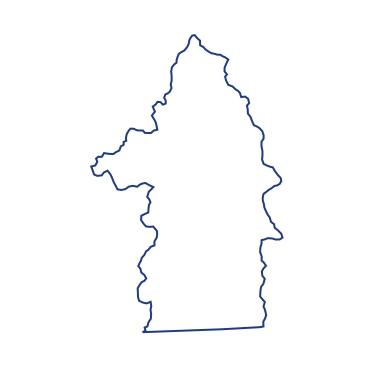 Sumidouro, Rio de Janeiro, Brazil (Robinson projection), rotated 163°
{"feature_id": "56859067B1931202868426", "entity_name": "Sumidouro", "entity_type": "district", "adm_level": 2, "iso_a3": "BRA", "parent_name": "Brazil", "parent_adm1": "Rio de Janeiro", "projection": "robinson", "projection_center": [-42.662, -22.118], "detail": "fine", "context": "isolated", "style": "outline", "palette": "blue", "viewbox_px": 384, "rotation_deg": 163, "n_neighbors": 0, "source": "geoboundaries", "source_scale": "gbopen_adm2", "svg_char_len": 3061}
<svg xmlns="http://www.w3.org/2000/svg" viewBox="0 0 384 384"><g transform="rotate(163 192 192)"><path d="M163.0,42.5L161.7,47.2L159.0,49.8L157.2,52.4L156.8,55.3L156.7,58.3L157.1,61.6L154.5,65.5L155.8,68.3L157.4,72.1L156.0,76.0L154.9,78.7L153.5,81.2L150.6,83.3L147.8,87.7L149.2,91.3L148.5,95.5L146.3,97.8L142.8,99.8L144.0,103.6L145.5,106.2L144.2,109.8L144.4,114.7L142.8,119.0L140.7,122.1L139.5,125.6L136.6,125.4L133.2,125.7L129.0,124.2L125.9,122.1L122.1,121.0L118.8,121.9L118.8,125.9L121.2,130.5L123.4,133.6L122.9,137.2L125.2,140.4L125.1,144.9L126.2,148.0L126.9,151.9L127.3,155.9L126.8,159.7L126.8,163.2L126.0,166.0L124.1,169.3L121.2,170.3L118.3,171.5L115.0,172.3L111.4,173.7L108.7,173.4L105.8,174.1L103.4,176.3L103.1,179.4L104.8,182.9L106.5,187.5L107.5,191.9L109.9,193.3L112.6,195.4L115.3,198.0L115.5,202.6L114.0,206.2L112.7,210.4L112.1,215.7L110.8,219.8L108.0,222.0L106.9,225.3L107.0,229.6L108.7,233.2L110.7,235.6L113.3,237.8L113.9,242.8L114.1,246.8L115.6,250.6L114.5,255.0L114.2,258.6L111.4,260.2L111.1,264.7L113.3,267.7L117.2,268.4L117.2,272.8L118.5,275.4L120.3,277.4L122.4,281.1L126.0,283.9L126.8,288.7L126.6,292.7L124.2,294.2L125.6,297.8L124.5,301.3L121.9,304.5L118.6,308.0L121.0,311.2L123.0,312.8L124.8,315.0L127.8,316.0L130.1,317.6L132.9,319.1L134.9,321.2L137.2,324.0L138.8,327.3L141.3,329.9L140.1,334.4L142.2,337.9L143.5,341.2L146.0,341.5L148.6,339.6L150.4,337.6L151.8,334.6L154.4,331.9L158.1,329.5L161.7,328.8L164.3,327.9L166.3,325.4L168.0,323.0L169.0,320.2L171.8,319.2L174.7,317.1L176.6,313.6L177.6,308.8L178.9,304.4L180.9,301.1L181.2,297.4L183.8,294.5L186.3,293.4L189.0,293.1L191.1,290.2L190.4,287.1L191.3,284.3L194.2,284.0L195.8,287.1L198.6,288.3L201.0,286.4L204.6,285.1L204.0,279.7L208.0,276.8L207.0,272.7L206.3,269.2L206.6,265.1L207.0,261.7L210.3,262.0L214.0,260.4L217.5,261.5L219.9,262.4L220.9,265.1L223.9,266.1L226.5,267.0L229.2,269.5L232.4,270.6L234.8,268.9L237.4,266.6L239.3,263.2L239.9,260.2L242.7,259.9L243.6,257.1L246.7,256.5L249.3,253.0L253.3,252.3L256.2,251.3L260.3,252.8L264.7,254.9L268.0,252.0L271.4,253.1L274.0,252.0L273.7,248.7L276.6,245.7L280.9,245.8L280.7,242.2L280.5,237.4L277.8,235.1L273.5,234.3L270.6,236.4L266.6,237.1L265.0,233.2L264.3,229.2L264.0,224.4L263.2,220.6L262.5,216.3L258.6,214.5L254.7,214.3L250.9,215.6L246.8,215.2L242.6,213.0L239.9,214.3L237.0,214.6L234.0,214.3L231.7,211.9L229.4,209.7L227.5,208.0L230.2,206.4L233.2,204.9L234.8,202.6L236.3,200.3L235.1,197.8L234.7,194.4L236.9,192.3L238.5,188.7L239.8,185.2L243.2,184.8L247.4,184.1L248.9,179.9L247.4,175.4L246.0,172.5L242.6,171.0L239.2,170.3L238.0,167.6L236.9,164.8L237.7,161.7L239.1,158.7L242.4,155.7L243.5,151.9L247.4,151.7L250.6,149.5L253.4,148.6L255.9,145.8L259.3,143.7L260.9,141.2L262.9,139.3L265.0,136.9L263.8,133.7L264.0,129.8L261.9,126.7L261.0,122.8L263.4,121.0L266.5,120.5L269.4,118.3L272.1,115.8L273.3,111.1L274.3,107.4L274.4,103.5L271.6,100.8L267.9,98.7L263.7,99.1L264.3,94.8L266.1,91.5L266.7,87.4L268.4,82.9L271.8,80.0L273.9,76.5L276.9,76.2L277.0,73.0L280.2,72.4L203.2,51.9L166.6,42.9L163.0,42.5Z" fill="none" stroke="#1e3a8a" stroke-width="2"/></g></svg>